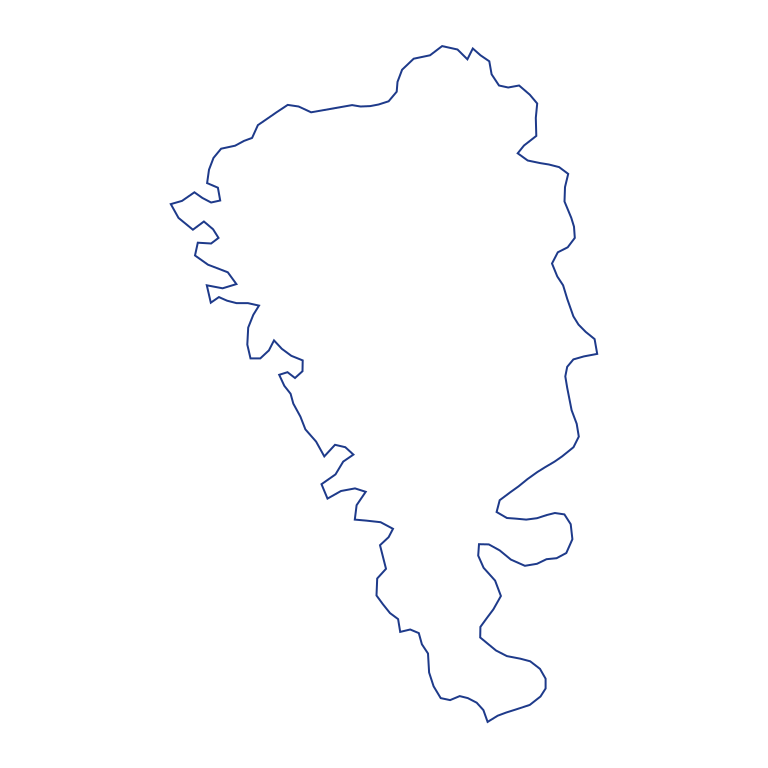 outline of Protásio Alves, Rio Grande do Sul, Brazil
{"feature_id": "56859067B21055614470548", "entity_name": "Protásio Alves", "entity_type": "district", "adm_level": 2, "iso_a3": "BRA", "parent_name": "Brazil", "parent_adm1": "Rio Grande do Sul", "projection": "orthographic", "projection_center": [-51.489, -28.753], "detail": "fine", "context": "isolated", "style": "outline", "palette": "blue", "viewbox_px": 768, "rotation_deg": 0, "n_neighbors": 0, "source": "geoboundaries", "source_scale": "gbopen_adm2", "svg_char_len": 2523}
<svg xmlns="http://www.w3.org/2000/svg" viewBox="0 0 768 768"><path d="M207.1,183.1L217.9,187.7L220.2,200.5L211.1,202.5L202.3,197.9L194.4,192.3L182.0,200.9L170.8,204.1L178.5,217.9L192.9,229.7L203.9,221.5L213.1,229.3L218.5,237.9L211.1,243.5L197.8,242.7L195.0,255.5L208.0,264.7L227.8,272.3L236.4,284.1L222.6,288.3L206.8,285.3L210.8,302.7L218.9,297.1L227.1,300.7L236.4,303.1L247.8,303.1L259.0,305.6L253.3,314.8L248.2,327.6L247.3,344.6L250.5,358.4L260.3,358.4L268.9,350.4L274.0,340.4L281.8,348.8L291.3,355.8L302.7,360.4L302.5,371.2L295.0,378.0L287.5,372.2L279.2,374.8L284.3,385.8L290.6,393.8L293.3,403.6L300.4,416.6L305.4,429.4L316.1,441.6L324.3,456.4L335.0,444.8L345.3,447.2L353.4,454.6L343.2,461.6L335.5,474.4L321.5,484.2L327.5,498.6L341.0,491.0L355.0,488.4L365.7,491.8L356.6,505.2L354.8,519.6L366.2,520.6L380.6,522.2L393.0,528.8L388.6,537.2L380.0,545.2L386.0,568.8L377.2,578.5L376.5,595.5L382.8,604.1L390.0,613.1L398.1,619.1L400.2,631.9L410.2,629.5L418.8,633.1L421.9,644.3L428.0,653.5L429.1,672.5L433.6,686.3L440.7,698.1L450.1,700.1L459.7,696.1L467.8,698.1L476.7,702.7L483.4,710.1L487.6,721.9L497.7,715.7L506.3,712.5L515.8,709.5L529.8,704.9L540.5,696.5L545.6,688.5L545.6,678.7L540.0,668.9L530.2,661.3L520.4,658.7L506.9,656.1L496.0,650.5L480.2,637.5L480.4,626.9L487.1,617.7L493.4,609.3L500.9,596.0L495.1,580.6L483.6,567.8L478.2,555.6L479.0,544.2L488.8,544.4L499.7,550.4L510.9,559.6L524.9,565.8L537.0,563.8L546.5,559.2L556.6,558.2L566.3,553.0L572.4,539.2L570.7,524.2L564.4,514.4L554.9,513.0L546.9,515.0L537.0,518.2L526.2,519.6L515.5,518.6L506.9,518.0L496.6,512.0L499.7,500.2L510.1,492.4L518.5,486.4L527.6,479.0L537.4,472.0L545.1,467.2L554.6,461.6L562.1,456.4L573.5,447.2L578.8,436.6L576.7,423.8L571.6,410.2L567.2,387.8L565.3,376.4L567.2,366.8L573.4,359.4L583.9,356.4L597.2,353.9L594.6,339.1L585.7,331.9L578.5,324.6L573.4,316.4L567.3,299.1L563.1,285.3L557.3,276.5L552.0,263.5L557.8,252.3L567.7,247.3L574.8,237.9L574.0,226.7L571.3,217.9L564.5,201.5L565.0,187.1L568.2,173.9L559.1,167.1L548.9,164.5L540.2,163.1L527.7,160.5L517.7,153.3L524.0,145.5L536.3,135.9L535.8,117.9L537.2,103.5L529.8,94.7L519.1,85.5L508.2,87.5L499.0,85.5L491.6,74.3L489.3,61.3L480.5,55.3L472.8,48.5L467.4,59.3L457.5,49.5L442.1,46.1L430.0,55.3L413.7,58.7L402.1,69.7L397.5,81.9L396.7,91.7L388.6,101.3L378.6,104.5L370.2,106.1L360.5,106.5L352.1,105.1L311.1,112.3L298.6,106.5L287.7,104.9L276.5,112.3L266.1,119.5L257.9,125.1L252.1,137.9L244.0,140.9L235.1,145.7L221.1,148.7L213.5,157.9L209.0,169.7L207.1,183.1Z" fill="none" stroke="#1e3a8a" stroke-width="2"/></svg>